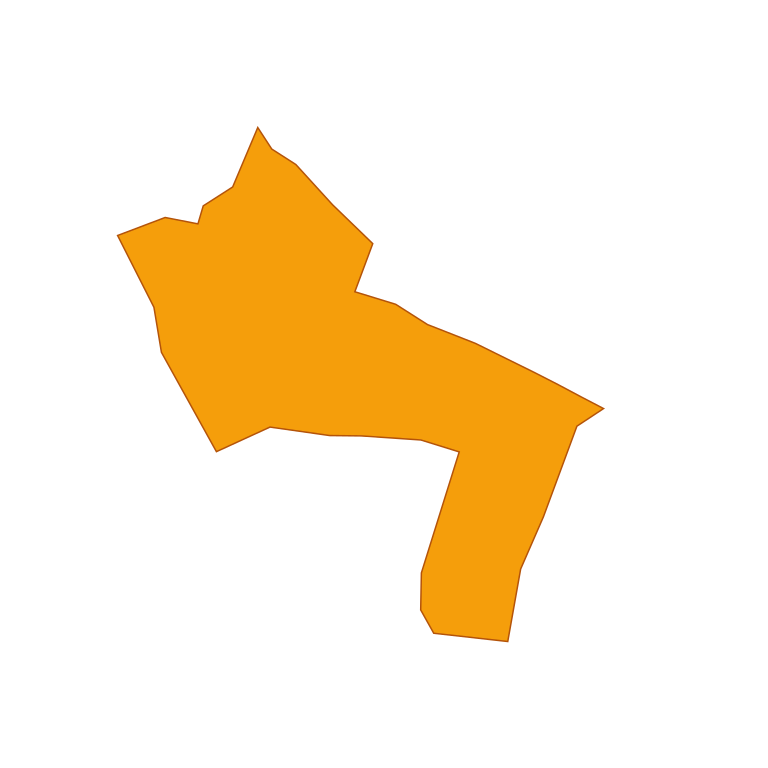 the district of Bayanxangai, Töv, Mongolia, rotated 337°
{"feature_id": "93677404B67738090510285", "entity_name": "Bayanxangai", "entity_type": "district", "adm_level": 2, "iso_a3": "MNG", "parent_name": "Mongolia", "parent_adm1": "Töv", "projection": "orthographic", "projection_center": [105.629, 47.811], "detail": "fine", "context": "isolated", "style": "filled", "palette": "amber", "viewbox_px": 768, "rotation_deg": 337, "n_neighbors": 0, "source": "geoboundaries", "source_scale": "gbopen_adm2", "svg_char_len": 590}
<svg xmlns="http://www.w3.org/2000/svg" viewBox="0 0 768 768"><g transform="rotate(337 384 384)"><path d="M576.5,492.4L560.2,472.6L544.1,452.7L527.3,432.6L484.0,382.3L448.0,347.0L447.4,346.5L425.9,315.2L393.2,287.7L428.5,250.4L406.6,198.7L388.6,147.5L372.5,123.9L368.0,98.6L321.7,143.5L287.2,149.4L275.3,163.9L247.6,145.2L196.8,143.2L202.2,223.5L191.5,267.9L203.3,380.8L262.2,379.1L313.8,410.2L342.6,422.8L396.0,449.9L426.7,475.9L344.6,572.5L329.5,606.3L332.4,632.9L397.3,669.4L437.5,607.7L478.8,568.6L545.1,498.2L576.5,492.4Z" fill="#f59e0b" stroke="#b45309" stroke-width="1.5"/></g></svg>